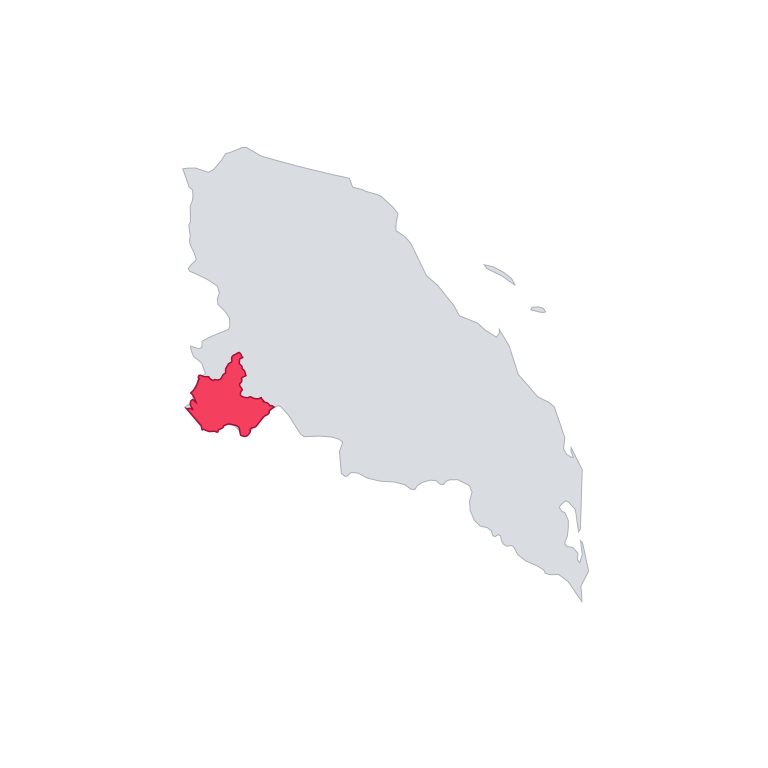 location of Choluteca within Honduras, rotated 53°
{"feature_id": "HND-661", "entity_name": "Choluteca", "entity_type": "Department", "adm_level": 1, "iso_a3": "HND", "parent_name": "Honduras", "parent_adm1": "", "projection": "orthographic", "projection_center": [-87.137, 13.37], "detail": "fine", "context": "in_parent", "style": "filled", "palette": "rose", "viewbox_px": 768, "rotation_deg": 53, "n_neighbors": 0, "source": "natural_earth", "source_scale": "10m", "svg_char_len": 4910}
<svg xmlns="http://www.w3.org/2000/svg" viewBox="0 0 768 768"><g transform="rotate(53 384 384)"><path d="M676.9,357.0L652.7,355.9L641.3,359.1L636.4,366.0L632.1,369.1L628.5,368.4L621.2,371.2L610.4,377.4L600.5,379.8L591.6,378.4L589.1,380.0L588.4,381.9L587.1,383.9L583.7,384.9L579.8,384.4L575.3,382.4L573.0,383.3L572.8,387.3L570.4,388.3L565.9,386.5L560.8,388.0L555.2,392.8L547.3,393.9L537.0,391.3L529.1,386.2L523.4,378.8L516.6,376.9L504.9,382.6L500.0,389.2L499.0,393.2L500.2,396.8L498.1,399.3L492.6,400.5L488.5,405.0L485.7,412.7L485.2,418.6L486.9,422.8L484.2,425.9L477.0,427.9L468.6,434.6L458.9,445.9L449.2,453.8L439.6,458.3L434.9,463.3L435.3,468.8L434.7,470.5L432.9,471.1L429.7,471.9L411.0,460.1L405.6,451.9L400.9,453.2L395.1,457.4L386.9,466.7L378.1,479.4L373.8,480.8L351.6,479.0L339.9,480.1L337.5,481.8L336.4,486.4L337.1,492.6L340.4,514.9L342.2,524.1L340.4,526.9L334.4,527.4L326.7,528.7L322.4,532.9L321.4,537.2L321.0,543.2L318.6,549.5L313.8,554.0L309.0,555.6L282.6,556.8L283.0,546.5L275.4,542.3L271.1,533.7L267.3,527.9L268.5,524.4L268.2,520.2L257.4,517.0L247.3,519.5L241.5,517.9L237.3,515.7L244.6,510.6L245.1,507.5L242.8,505.2L240.4,503.7L241.1,498.0L242.6,491.2L246.8,475.3L245.2,472.5L238.5,467.7L230.0,467.2L220.6,468.7L216.1,466.2L212.2,460.7L205.5,458.1L193.6,462.4L181.0,468.9L177.2,471.3L174.0,470.9L172.6,466.0L172.0,460.2L171.2,458.7L164.5,456.6L156.7,455.1L152.8,453.4L149.0,449.5L139.7,444.3L137.6,440.5L125.2,431.7L122.7,427.3L119.9,424.2L113.9,420.1L109.2,421.0L93.5,415.9L91.1,415.4L93.3,411.1L98.3,404.4L109.3,396.9L110.2,390.9L107.5,379.2L104.7,371.6L106.3,368.2L109.8,354.7L112.4,351.5L128.2,344.8L129.6,343.8L142.1,334.3L155.8,323.7L170.2,312.0L186.1,298.9L194.9,291.2L199.0,287.9L208.1,290.7L215.3,284.5L219.5,282.4L229.3,275.0L232.3,273.4L248.6,270.4L256.4,270.4L263.3,278.0L268.7,282.2L279.0,278.6L287.6,277.9L323.2,284.9L337.4,281.8L363.3,281.0L375.0,282.7L391.5,272.7L402.0,270.7L414.4,266.0L412.7,261.2L409.8,259.1L428.7,261.1L457.0,271.0L487.0,268.9L497.8,263.4L504.8,261.8L535.7,271.9L543.9,279.8L550.2,280.5L555.1,278.6L556.4,276.9L550.3,275.3L547.5,272.8L571.9,277.4L618.1,314.5L619.1,317.6L599.4,306.7L589.1,307.7L586.4,309.5L587.1,315.6L588.1,318.4L592.5,318.7L595.7,317.0L603.8,318.9L609.2,322.9L615.8,329.0L619.8,335.6L624.0,335.7L628.1,331.6L635.8,331.0L640.9,335.4L644.5,335.1L639.4,328.2L627.5,321.4L630.3,321.0L656.6,333.2L664.2,348.8L670.4,352.3L676.9,357.0ZM368.9,224.7L353.8,232.3L349.1,232.2L356.0,226.3L367.1,221.2L376.5,218.7L384.2,219.8L368.9,224.7ZM420.3,216.4L413.1,222.0L411.8,219.5L415.3,214.3L419.5,211.2L423.7,211.5L422.7,213.8L420.3,216.4Z" fill="#d9dde1" stroke="#a8b0b8" stroke-width="1"/><path d="M340.1,528.5L339.4,528.9L338.5,529.2L337.6,528.9L332.1,526.2L330.5,526.1L329.0,526.5L327.7,527.4L323.1,531.3L322.4,532.3L321.7,533.6L321.0,536.3L320.9,536.6L321.0,537.2L321.8,538.7L321.9,539.0L321.1,544.1L321.4,544.7L321.9,545.0L322.3,545.3L322.0,546.3L321.5,546.8L320.1,547.5L319.6,547.9L317.4,551.4L316.3,552.6L313.8,554.1L311.9,555.1L311.3,556.7L310.2,556.6L308.0,555.3L306.6,555.1L284.8,556.5L285.7,555.9L286.0,554.6L286.7,553.7L287.7,553.0L289.1,552.5L289.1,551.9L286.4,551.8L284.5,551.4L283.1,550.6L281.8,549.1L281.2,548.2L281.1,547.6L281.3,546.1L281.9,545.9L284.8,545.4L285.7,545.1L280.2,543.7L277.1,543.3L275.4,543.8L274.8,543.8L274.5,540.1L273.2,536.2L271.4,532.8L269.5,530.4L268.9,528.8L268.8,528.7L268.6,528.3L268.0,528.4L267.4,528.5L266.9,528.4L266.3,527.5L265.9,526.7L266.1,525.9L266.9,525.0L267.7,524.5L269.3,523.7L270.2,523.0L272.1,520.3L272.8,519.6L274.1,519.9L275.6,519.6L278.6,518.4L278.5,517.6L278.5,517.0L278.6,516.3L280.6,514.8L281.6,512.4L281.4,510.4L280.4,508.4L279.8,506.9L279.7,506.0L280.0,504.0L276.6,501.4L275.3,498.5L275.2,497.8L274.8,497.0L274.3,496.3L274.6,492.4L274.2,491.7L273.5,491.3L272.7,490.9L271.0,489.5L270.9,489.2L270.5,487.9L270.5,486.5L271.0,484.4L271.2,481.9L271.5,480.8L272.6,480.4L274.4,480.4L275.5,480.7L276.6,481.0L277.0,480.9L277.6,480.8L277.9,480.9L277.8,481.4L277.2,483.0L277.3,484.3L279.2,486.1L280.5,487.3L284.3,486.8L285.4,487.4L286.4,487.9L289.6,487.5L294.3,489.2L293.4,493.3L294.0,494.6L295.0,494.9L295.9,495.8L296.5,496.4L296.9,498.2L297.1,499.4L298.5,500.2L302.9,500.5L303.7,501.1L303.7,502.0L304.5,503.8L306.2,505.2L307.4,505.3L308.0,505.1L310.9,503.4L313.1,500.9L313.3,499.5L313.6,498.7L314.7,497.7L316.1,497.2L316.8,496.8L317.9,495.9L319.4,494.3L320.1,493.2L320.5,492.3L320.8,490.5L321.0,490.2L321.7,490.4L322.1,490.6L325.0,490.3L325.3,491.0L329.0,488.6L329.8,488.3L331.4,488.2L332.1,488.2L332.8,488.1L333.5,486.9L334.2,486.3L334.9,486.2L336.3,485.6L336.1,490.8L336.3,491.6L336.7,492.1L337.0,492.4L337.9,493.1L338.2,493.7L338.3,495.3L337.7,498.4L337.8,500.1L340.9,511.8L340.7,513.3L339.5,516.0L339.4,517.4L339.7,518.4L340.3,518.7L340.9,518.8L341.5,519.4L342.2,520.6L342.4,521.2L343.0,524.0L342.8,525.5L342.1,526.8L340.8,528.0L340.1,528.5Z" fill="#f43f5e" stroke="#9f1239" stroke-width="1.5"/></g></svg>